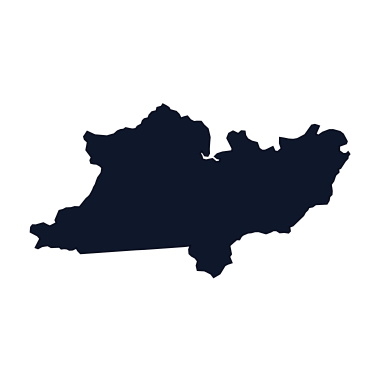 Montenegro, Rio Grande do Sul, Brazil, rotated 299°
{"feature_id": "56859067B94353627471018", "entity_name": "Montenegro", "entity_type": "district", "adm_level": 2, "iso_a3": "BRA", "parent_name": "Brazil", "parent_adm1": "Rio Grande do Sul", "projection": "mercator", "projection_center": [-51.488, -29.71], "detail": "fine", "context": "isolated", "style": "filled", "palette": "ink", "viewbox_px": 384, "rotation_deg": 299, "n_neighbors": 0, "source": "geoboundaries", "source_scale": "gbopen_adm2", "svg_char_len": 2781}
<svg xmlns="http://www.w3.org/2000/svg" viewBox="0 0 384 384"><g transform="rotate(299 192 192)"><path d="M67.5,82.0L67.9,84.7L71.8,87.2L75.3,91.7L75.3,95.6L79.6,102.7L78.9,105.2L80.6,107.4L81.8,110.2L81.8,112.8L83.5,115.5L86.9,118.0L85.3,120.7L84.2,124.3L114.5,170.9L119.4,178.8L140.5,211.2L144.3,216.6L140.3,217.1L136.7,219.5L135.9,222.6L135.9,226.7L134.3,230.5L129.7,231.6L126.2,234.7L129.3,241.1L129.6,248.3L127.8,252.3L134.1,256.0L143.7,256.4L146.4,258.2L149.5,261.1L153.5,256.1L156.6,256.5L163.3,250.9L167.3,252.3L172.2,254.1L173.4,256.6L177.0,256.6L179.3,257.5L183.4,260.7L185.3,263.5L188.0,266.2L189.8,269.3L191.5,276.9L195.3,280.2L197.8,281.8L199.3,284.5L199.1,288.5L201.6,292.2L203.1,296.2L205.4,296.8L208.7,294.2L211.5,296.6L225.6,300.9L229.2,300.8L232.5,301.8L235.1,301.6L237.7,304.7L241.1,306.2L243.5,310.1L247.0,315.8L250.9,315.9L254.6,314.6L257.5,315.5L260.7,314.0L263.0,312.3L265.9,310.0L270.2,310.5L276.2,309.4L280.5,310.8L282.9,309.0L284.8,310.4L293.3,311.0L296.9,311.9L299.3,311.0L301.6,311.5L302.8,309.1L300.4,308.4L298.8,305.9L299.4,300.9L303.6,298.6L309.1,303.4L311.4,303.1L313.3,300.2L315.9,296.1L316.5,292.3L314.8,285.3L312.9,282.0L307.6,277.5L302.7,275.0L302.8,272.1L311.4,271.3L310.5,266.8L308.4,264.4L304.1,263.9L296.8,263.1L289.6,258.4L286.9,255.1L285.0,251.0L283.5,246.3L282.1,242.4L277.1,245.1L273.4,249.1L268.8,247.5L267.8,244.7L270.8,240.8L265.9,237.4L263.8,235.8L262.3,233.2L262.7,229.6L266.7,225.1L265.3,219.7L265.4,214.9L267.4,211.3L270.7,208.8L269.3,205.6L265.4,204.2L265.1,198.4L261.1,195.9L256.1,196.5L249.7,206.0L247.3,207.0L245.7,205.0L241.6,199.4L237.5,195.6L234.1,194.6L233.6,197.5L234.5,200.9L232.0,201.1L230.0,198.5L231.0,193.8L226.7,188.9L225.8,185.3L228.2,183.1L229.6,180.5L232.5,180.8L230.0,185.5L231.1,188.4L234.1,188.4L238.0,186.0L243.7,183.3L248.6,181.1L255.0,175.3L256.3,169.9L258.1,165.9L256.1,162.1L254.4,159.8L254.3,155.7L256.1,151.2L253.5,148.5L251.1,146.5L253.6,143.0L254.7,139.2L253.2,133.0L254.6,130.8L254.8,127.5L254.7,123.9L252.0,123.8L248.9,120.6L245.6,121.5L242.6,118.2L238.6,117.3L235.4,117.8L232.8,114.9L230.4,114.2L226.7,114.9L222.9,112.4L220.1,112.2L218.0,109.5L217.0,106.6L215.9,102.9L213.5,101.8L211.8,99.4L209.2,97.3L204.9,95.8L201.8,92.6L199.7,90.6L194.7,79.4L194.1,71.0L190.8,70.8L188.0,70.5L186.0,72.5L185.0,76.5L181.1,77.8L177.4,79.0L173.6,87.3L170.3,87.6L168.3,89.6L169.1,92.3L170.3,95.0L170.3,98.6L169.6,101.5L167.4,102.4L165.1,103.3L162.8,103.2L159.1,102.7L155.5,103.2L151.9,103.9L148.4,103.8L146.0,104.2L142.8,104.3L139.4,104.2L137.2,103.6L134.9,102.7L124.3,100.9L122.1,96.5L119.5,94.0L116.8,89.6L114.1,87.9L111.3,84.9L101.1,86.0L99.2,88.3L93.2,84.3L92.9,81.4L92.8,77.0L87.3,71.5L85.8,68.5L83.1,68.1L78.7,70.1L78.9,78.1L77.5,81.7L67.5,82.0Z" fill="#0f172a" stroke="#020617" stroke-width="1.5"/></g></svg>